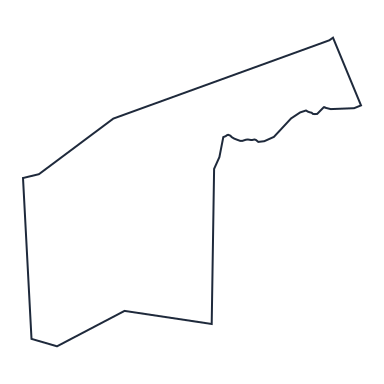 SVG path tracing the border of Saint Peter
{"feature_id": "BRB-1997", "entity_name": "Saint Peter", "entity_type": "Parish", "adm_level": 1, "iso_a3": "BRB", "parent_name": "Barbados", "parent_adm1": "", "projection": "robinson", "projection_center": [-59.597, 13.271], "detail": "fine", "context": "isolated", "style": "outline", "palette": "slate", "viewbox_px": 384, "rotation_deg": 0, "n_neighbors": 0, "source": "natural_earth", "source_scale": "10m", "svg_char_len": 708}
<svg xmlns="http://www.w3.org/2000/svg" viewBox="0 0 384 384"><path d="M333.0,37.7L361.0,105.4L354.1,108.2L330.7,109.1L325.1,107.7L324.7,107.2L323.8,107.2L317.2,113.9L314.8,114.1L312.9,113.9L311.6,112.7L310.1,112.4L308.0,111.7L306.0,110.5L300.2,112.4L291.1,118.4L273.9,136.9L264.3,141.2L258.3,141.9L256.0,140.0L254.6,139.5L253.5,139.7L252.2,140.0L251.0,140.0L247.9,139.5L246.0,139.7L244.4,140.2L242.3,140.9L240.3,140.9L237.0,139.7L234.2,138.6L231.7,137.1L230.4,135.7L229.2,135.2L228.1,134.8L227.0,135.2L225.6,136.2L223.3,137.1L219.4,157.1L214.1,168.9L211.7,324.0L124.5,310.9L57.0,346.3L31.5,338.9L23.0,178.0L38.9,174.2L113.3,118.6L329.3,40.3L333.0,37.7Z" fill="none" stroke="#1e293b" stroke-width="2"/></svg>